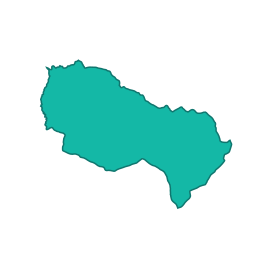 Córdoba, Quindío, Colombia (Mercator projection), rotated 29°
{"feature_id": "7082276B37877063835041", "entity_name": "Córdoba", "entity_type": "district", "adm_level": 2, "iso_a3": "COL", "parent_name": "Colombia", "parent_adm1": "Quindío", "projection": "mercator", "projection_center": [-75.669, 4.396], "detail": "fine", "context": "isolated", "style": "filled", "palette": "teal", "viewbox_px": 256, "rotation_deg": 29, "n_neighbors": 0, "source": "geoboundaries", "source_scale": "gbopen_adm2", "svg_char_len": 5654}
<svg xmlns="http://www.w3.org/2000/svg" viewBox="0 0 256 256"><g transform="rotate(29 128 128)"><path d="M223.2,89.3L222.9,89.6L222.4,90.7L222.0,92.1L221.8,92.4L221.2,92.8L219.6,93.7L218.0,94.4L216.7,94.8L215.9,94.8L215.1,94.7L214.7,94.5L213.7,93.2L211.5,91.1L209.4,89.6L207.0,88.3L206.4,87.8L205.9,86.9L205.4,86.0L204.9,85.2L203.6,84.4L203.3,83.9L203.0,83.0L202.7,82.2L202.2,81.5L201.7,81.1L200.8,80.8L197.6,78.8L196.0,78.2L192.0,77.6L189.3,76.7L188.1,76.6L186.7,77.4L185.1,79.2L183.9,80.2L182.4,81.0L181.5,81.4L180.1,81.3L178.2,80.6L176.7,80.3L175.2,80.8L174.3,81.8L173.2,84.1L172.6,84.9L171.4,85.0L170.5,85.3L167.9,84.5L166.1,84.2L165.3,83.7L164.8,83.7L164.2,84.0L163.6,84.8L163.2,85.7L160.5,89.8L159.5,91.8L159.1,92.2L158.6,92.3L157.7,92.1L157.2,92.2L156.5,92.1L155.3,91.2L154.8,91.0L154.0,90.8L153.5,90.6L153.0,90.2L152.2,89.7L151.4,89.5L150.8,89.6L150.4,89.9L150.1,90.4L149.5,92.3L149.2,92.8L147.8,93.8L146.6,95.1L146.1,95.4L145.3,95.7L144.1,95.9L142.9,95.8L141.9,95.7L140.2,95.7L139.1,95.6L137.6,95.9L135.8,95.9L133.7,95.6L132.6,95.3L132.2,95.3L131.7,95.5L131.0,95.6L130.0,95.5L129.3,95.2L126.6,92.9L125.6,92.4L125.2,92.2L124.7,92.2L124.3,92.4L123.6,92.8L123.1,93.0L122.6,93.0L122.2,93.0L121.8,92.8L121.1,92.3L120.7,92.1L120.3,92.1L119.8,92.2L119.0,92.6L118.4,92.7L115.8,92.5L113.9,92.9L112.5,93.3L110.8,93.8L109.3,93.9L107.1,94.4L106.5,94.4L106.0,94.3L105.3,94.0L105.0,93.9L104.3,94.0L104.0,94.2L103.1,95.5L102.6,95.9L102.1,96.0L101.6,95.8L100.5,95.2L100.2,95.0L99.8,95.0L98.9,92.7L97.7,91.2L97.3,91.1L96.8,91.0L94.9,91.1L94.1,91.0L93.4,90.8L92.3,90.2L91.8,90.0L89.7,89.9L88.9,89.8L87.5,89.2L86.9,88.8L86.0,88.0L85.2,87.5L84.7,87.3L84.2,87.3L82.2,87.9L80.7,87.7L80.2,87.8L78.3,88.5L75.9,89.0L72.8,90.1L71.3,90.3L70.5,90.5L65.1,93.3L63.7,94.3L61.9,96.0L61.4,96.4L61.0,96.4L60.6,96.3L59.7,95.5L59.0,95.4L58.7,95.2L57.9,94.5L57.0,94.1L55.6,93.0L54.7,92.8L52.8,93.0L52.3,92.9L51.8,92.8L51.1,94.4L49.8,95.5L49.8,95.9L50.1,97.3L50.1,98.0L50.0,98.7L49.7,99.1L49.2,99.5L48.6,99.7L47.2,101.1L47.1,101.6L46.9,102.0L46.5,102.3L45.5,102.8L45.3,103.0L45.3,103.7L45.1,104.4L44.7,105.3L44.1,105.9L43.1,106.5L42.6,106.8L42.1,106.8L41.8,106.7L41.1,106.1L40.8,106.0L40.3,106.1L39.6,106.7L39.3,106.8L38.6,106.5L38.3,106.5L38.1,107.0L38.1,108.1L37.8,108.4L36.6,109.1L36.5,109.4L36.2,110.0L35.9,110.5L35.6,110.6L35.3,110.6L33.2,109.9L32.7,109.9L32.4,110.0L31.9,110.6L31.7,111.2L31.9,111.8L32.7,113.1L32.8,113.5L32.8,113.9L32.5,114.2L31.8,114.5L31.0,114.6L29.0,114.4L27.7,114.6L28.5,115.1L29.9,115.4L30.6,115.7L31.1,116.1L32.3,118.6L32.7,119.1L33.4,120.0L33.7,120.2L34.3,120.3L34.5,120.6L34.5,121.7L34.9,122.9L34.8,124.0L34.9,124.5L35.6,125.5L35.9,126.5L36.0,127.8L35.8,128.9L35.8,129.4L36.6,131.1L36.4,131.8L35.8,133.0L36.0,134.0L35.9,134.9L36.0,135.2L36.6,135.7L36.6,135.8L36.4,136.6L36.7,138.0L37.0,138.6L37.5,139.1L37.6,139.3L37.6,139.7L36.9,140.4L36.9,140.9L37.5,142.2L37.3,142.9L37.7,143.9L37.7,144.8L37.9,145.4L38.2,145.7L38.6,145.9L38.9,146.5L39.6,147.0L39.9,147.8L40.2,148.0L41.2,148.9L41.4,149.2L41.4,149.6L41.3,149.8L40.9,150.1L41.2,150.6L41.1,151.2L41.5,151.3L42.0,151.2L42.8,151.8L43.4,152.2L43.4,153.1L44.3,154.3L45.0,154.5L45.6,154.9L46.9,155.2L47.1,155.5L46.9,155.8L46.6,155.7L46.5,155.8L46.6,156.0L47.4,156.4L48.3,156.1L48.8,156.8L49.1,156.7L49.3,156.4L49.6,156.5L49.5,157.2L49.8,157.8L49.7,158.2L49.8,158.5L50.1,158.7L50.4,158.4L50.9,158.2L51.5,158.3L52.4,159.1L52.5,159.4L52.1,159.9L52.0,160.0L52.8,160.5L53.3,161.0L53.3,161.7L53.1,162.7L53.4,163.2L53.9,163.5L54.0,163.7L53.9,164.0L53.6,164.6L53.7,165.0L53.8,165.3L54.1,165.6L55.6,166.0L56.3,166.4L57.0,168.5L57.3,168.7L57.7,168.8L58.0,168.6L59.1,167.2L59.3,166.9L59.4,166.3L60.3,165.3L61.1,164.5L61.9,164.4L63.8,165.3L64.9,165.5L66.3,165.4L67.5,165.4L69.3,164.8L70.8,164.8L72.4,164.3L73.9,163.9L74.5,164.0L75.6,164.2L76.3,164.6L76.6,165.0L77.0,168.4L78.1,171.2L78.5,172.0L79.4,173.0L79.8,174.0L80.0,176.1L80.4,177.0L81.1,178.3L81.6,179.0L81.9,179.3L82.3,179.4L85.0,179.2L87.5,179.1L89.2,178.9L90.4,178.6L92.2,177.8L93.0,177.2L94.4,176.3L95.1,176.1L97.4,175.7L98.5,175.7L100.3,176.5L100.8,176.5L103.8,175.6L105.9,175.5L109.1,175.7L110.8,175.7L112.1,175.6L113.6,175.2L115.8,175.0L117.1,175.1L119.7,175.5L121.2,175.4L122.1,175.3L122.9,174.9L124.3,174.4L125.3,174.2L126.2,174.3L126.9,174.6L127.9,175.4L128.7,175.8L129.3,175.7L130.0,175.5L131.6,174.4L133.2,173.7L136.0,172.8L136.8,172.5L137.3,172.1L137.7,171.6L138.4,170.1L139.8,168.2L142.7,165.1L144.4,163.1L147.6,160.0L149.2,157.7L152.4,154.5L152.8,153.7L153.3,152.3L154.9,148.6L155.2,148.1L156.0,147.8L157.0,147.6L158.4,147.6L160.1,148.0L163.8,148.7L165.4,148.8L166.9,148.8L168.0,148.7L169.5,148.3L170.7,148.2L174.1,148.3L176.5,148.7L178.0,148.6L179.2,148.6L181.3,149.0L185.6,151.7L188.2,154.7L188.9,155.2L190.2,155.9L192.4,157.6L194.6,160.6L195.2,161.9L196.8,164.4L197.4,165.7L198.1,166.3L198.8,167.3L200.8,169.5L201.9,170.1L203.0,170.5L205.1,170.9L206.2,171.1L207.2,171.4L208.4,172.2L210.4,173.9L211.1,173.0L212.0,172.2L212.8,171.2L213.4,169.6L213.8,167.5L214.0,165.5L214.8,162.5L215.6,160.5L215.8,159.7L215.8,157.9L215.5,157.1L215.1,156.5L212.9,153.8L212.8,153.2L212.8,152.8L214.2,150.9L217.3,147.2L219.0,144.2L220.9,142.1L222.9,140.2L223.1,139.7L223.1,138.0L223.2,137.5L223.1,136.6L222.9,135.8L223.1,133.4L223.1,129.5L223.3,128.4L225.1,124.2L225.0,122.5L225.1,121.9L226.3,118.9L227.3,115.8L227.3,115.5L227.7,114.1L228.1,112.0L228.3,110.3L228.3,109.8L228.1,109.4L227.0,109.0L226.6,108.6L226.2,108.1L225.9,106.9L225.6,105.9L225.4,104.7L225.5,104.2L225.9,103.6L226.6,102.9L227.8,100.9L228.0,100.4L228.1,99.8L228.1,99.2L227.4,95.6L226.7,92.5L226.4,91.9L226.0,91.5L223.9,90.0L223.2,89.3Z" fill="#14b8a6" stroke="#0f766e" stroke-width="1.5"/></g></svg>